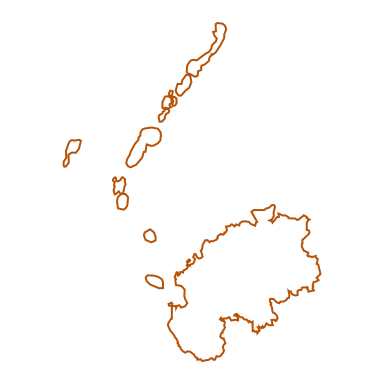 outline of Ba, Western, Fiji
{"feature_id": "14151628B98370545668292", "entity_name": "Ba", "entity_type": "district", "adm_level": 2, "iso_a3": "FJI", "parent_name": "Fiji", "parent_adm1": "Western", "projection": "robinson", "projection_center": [177.639, -17.315], "detail": "fine", "context": "isolated", "style": "outline", "palette": "amber", "viewbox_px": 384, "rotation_deg": 0, "n_neighbors": 0, "source": "geoboundaries", "source_scale": "gbopen_adm2", "svg_char_len": 6044}
<svg xmlns="http://www.w3.org/2000/svg" viewBox="0 0 384 384"><path d="M303.9,215.3L298.3,219.8L297.2,219.9L295.4,218.6L288.5,218.2L288.1,216.9L285.0,215.3L282.8,215.5L278.5,213.5L278.9,216.9L277.0,217.2L272.5,222.7L271.8,221.2L269.6,220.4L271.9,219.4L273.8,216.2L273.6,212.5L275.0,206.8L274.1,205.1L272.1,205.0L269.1,207.7L266.1,208.5L264.1,210.1L254.0,210.0L251.4,211.8L257.2,222.0L255.9,222.8L255.1,225.7L250.8,224.0L248.7,221.8L244.1,221.3L241.8,221.7L239.7,223.4L239.3,225.4L236.0,224.4L234.6,226.4L232.0,224.4L231.1,224.5L229.8,226.1L226.0,226.6L227.0,230.2L225.4,232.7L224.4,232.5L223.9,234.3L222.8,234.8L220.9,233.9L217.9,235.9L217.3,237.2L217.8,238.2L216.4,239.7L213.1,241.2L210.6,241.2L209.5,242.2L207.5,240.2L205.2,240.3L202.7,244.8L202.0,249.6L200.8,250.5L202.7,256.6L201.0,258.0L198.9,258.5L197.0,257.2L195.6,254.1L194.5,253.9L193.2,257.0L195.0,259.2L194.1,262.1L192.7,263.8L189.3,265.0L188.9,264.5L189.3,265.4L188.1,264.7L188.0,266.5L186.8,268.7L183.4,270.6L183.1,272.5L180.5,272.0L179.8,274.2L178.9,275.1L177.9,275.6L177.9,272.5L176.6,272.3L174.7,277.2L176.0,279.2L175.3,279.9L175.9,285.0L181.3,285.9L184.7,289.6L184.3,296.0L185.1,299.0L187.3,303.1L185.0,306.3L181.2,307.6L180.9,308.3L181.0,307.2L179.2,305.2L176.9,306.1L176.1,307.9L175.9,306.0L171.9,306.2L171.8,318.7L171.1,318.7L168.3,323.2L167.9,325.3L170.2,330.4L174.4,335.7L174.9,337.4L176.3,338.6L178.0,342.3L177.5,343.2L178.9,344.8L178.6,345.9L180.4,347.1L180.7,348.9L183.3,351.6L185.4,352.7L187.2,351.4L190.2,351.7L194.1,354.8L195.5,357.2L196.7,357.6L197.1,358.9L197.4,358.3L198.7,359.7L200.7,359.2L202.0,361.0L209.1,359.7L211.1,358.2L212.4,358.4L213.4,359.8L214.9,359.7L216.5,356.2L218.8,356.7L221.1,355.5L221.8,353.8L222.9,353.2L224.0,350.5L222.8,347.1L223.7,344.8L225.4,343.4L223.6,338.4L222.7,338.7L220.3,337.0L220.7,334.4L221.9,332.6L222.5,332.8L222.8,330.6L223.8,329.9L225.0,327.3L224.2,325.9L224.8,322.1L223.9,320.8L222.6,321.1L220.0,319.4L220.9,317.8L220.6,316.9L222.4,319.6L223.5,318.7L227.5,318.2L228.6,317.2L229.4,317.3L231.2,320.5L236.3,319.7L237.7,320.6L238.2,320.4L238.0,318.3L236.9,315.9L234.3,315.5L234.8,314.5L236.7,313.9L240.1,317.1L242.7,317.5L243.9,319.3L246.9,319.7L248.5,322.1L249.4,321.0L251.1,322.5L252.6,321.7L252.7,331.1L254.0,330.6L254.9,331.8L257.3,331.4L257.4,333.1L259.7,330.5L258.0,327.7L258.9,328.0L259.0,327.1L259.4,327.9L260.0,327.2L261.1,327.9L262.2,326.7L262.2,327.7L263.2,327.0L263.7,327.6L265.1,326.2L266.3,323.4L269.1,325.2L272.8,325.2L271.5,320.0L273.9,319.7L275.6,321.1L276.6,320.3L276.4,319.3L277.4,318.9L277.6,317.7L276.7,315.4L274.5,313.1L273.1,312.7L272.5,311.5L271.9,307.4L270.6,304.6L271.3,304.1L271.2,303.1L270.4,302.6L269.8,300.5L270.3,298.8L273.6,299.1L276.7,302.3L279.3,303.2L280.4,301.6L283.6,301.6L286.5,299.9L287.3,298.2L289.0,297.9L289.4,295.5L288.6,290.9L289.3,291.6L290.9,291.4L291.7,293.8L293.5,295.0L295.9,295.5L297.7,294.9L297.4,291.2L299.0,290.0L301.0,290.1L301.6,289.4L301.5,288.2L302.6,287.4L306.1,287.6L307.0,287.0L307.8,287.8L307.5,289.6L308.4,290.2L308.5,291.7L313.9,290.4L312.5,288.2L313.3,286.8L312.6,285.7L313.7,282.0L316.4,281.5L318.6,280.1L316.6,277.8L320.5,274.0L318.2,264.5L316.6,263.9L317.8,259.2L315.6,257.1L315.7,256.0L312.0,257.1L309.2,256.1L308.2,256.4L307.4,255.4L308.3,252.7L303.7,250.6L301.8,246.5L301.9,243.8L302.5,243.4L302.3,240.1L308.7,234.1L309.6,232.2L308.7,230.3L306.7,229.9L306.8,222.7L308.3,220.1L309.4,219.5L306.7,218.1L306.9,217.1L303.9,215.3ZM158.0,143.2L160.3,140.5L160.9,135.6L160.6,132.3L158.0,128.8L151.9,127.5L144.7,128.5L142.4,129.4L140.5,132.5L140.3,135.8L138.5,137.5L138.6,139.6L134.8,144.1L130.8,151.5L129.7,154.8L127.1,159.3L126.2,163.1L128.0,166.2L130.6,167.3L136.1,164.8L142.2,157.6L143.7,152.0L145.4,151.8L146.7,144.4L151.3,145.9L154.2,145.4L158.0,143.2ZM226.2,29.2L225.0,25.7L222.6,23.7L217.4,23.0L215.6,24.2L215.9,31.3L213.1,32.0L214.7,36.2L216.8,38.5L215.9,41.4L211.9,45.3L211.4,48.4L209.1,51.9L206.1,53.3L196.8,60.3L193.3,59.8L190.9,60.5L189.2,62.3L187.2,65.5L186.7,71.8L187.9,73.7L189.9,73.9L195.1,76.8L197.6,75.7L198.1,71.2L201.3,70.0L201.1,66.9L201.6,65.6L204.9,64.4L209.2,60.6L209.1,58.8L210.1,56.3L211.1,55.8L211.7,54.1L212.7,54.7L215.7,52.4L220.5,45.1L224.2,38.1L224.3,34.3L226.2,29.2ZM79.1,139.8L74.7,140.6L71.8,140.1L70.2,140.9L68.8,143.0L65.9,151.2L66.3,157.7L63.8,161.5L63.5,165.0L64.4,166.7L65.9,166.4L68.8,162.6L68.5,154.5L71.8,152.6L76.0,152.7L79.0,148.6L80.9,140.8L79.1,139.8ZM191.4,82.0L190.3,76.4L188.5,74.6L186.2,75.0L182.5,79.9L181.5,84.0L177.6,83.9L175.7,90.3L176.5,92.8L178.6,95.5L181.1,95.6L185.5,90.6L189.3,87.6L191.4,82.0ZM163.0,288.1L163.0,282.1L161.8,279.2L158.3,276.9L153.7,275.6L147.9,275.3L146.5,276.3L145.7,277.8L146.7,281.1L150.1,284.5L159.0,288.2L163.0,288.1ZM124.7,181.0L125.1,179.3L122.6,177.2L121.7,177.6L120.6,179.9L117.7,181.5L116.3,180.8L115.9,178.0L115.2,177.4L114.0,178.0L113.0,179.7L113.1,180.9L114.7,182.1L114.0,185.1L114.8,186.4L113.6,190.3L114.7,194.4L115.5,194.3L118.8,191.4L120.5,193.9L121.9,193.6L123.4,192.0L124.5,186.5L125.6,184.4L124.7,181.0ZM125.9,207.9L127.3,205.5L128.1,197.3L125.5,194.1L121.6,193.8L118.3,196.5L117.3,199.2L117.1,202.5L118.0,208.3L123.7,209.7L125.9,207.9ZM155.5,240.5L155.6,236.6L154.0,232.4L150.1,229.3L144.7,232.5L143.9,235.4L145.6,239.9L151.2,242.3L155.5,240.5ZM171.0,107.1L169.5,105.4L169.6,104.2L171.7,103.0L171.3,98.3L168.6,96.3L165.2,96.5L162.4,102.1L162.5,108.0L163.3,108.5L165.6,107.7L168.2,108.6L171.0,107.1ZM162.2,121.5L165.0,118.1L165.0,116.4L166.1,113.9L168.5,112.7L169.3,110.9L168.3,109.1L165.2,109.0L164.2,111.1L162.8,111.8L162.4,113.4L159.1,115.3L158.6,116.9L159.6,121.7L162.2,121.5ZM175.2,105.3L176.6,103.0L176.5,98.6L175.1,97.2L173.4,96.8L172.0,99.5L173.4,101.1L172.3,104.0L172.5,105.0L173.1,106.0L175.2,105.3ZM171.8,96.3L172.8,91.5L172.1,90.8L170.1,90.8L169.0,93.3L169.2,95.3L171.8,96.3ZM170.9,306.0L172.2,305.2L172.3,303.6L171.7,302.7L168.6,303.9L168.9,305.5L170.9,306.0ZM188.4,262.2L190.1,260.7L189.9,259.8L189.0,259.6L187.2,261.1L187.0,262.0L188.4,262.2ZM187.4,265.8L187.7,264.7L187.2,264.3L186.7,265.3L187.4,265.8Z" fill="none" stroke="#b45309" stroke-width="2"/></svg>